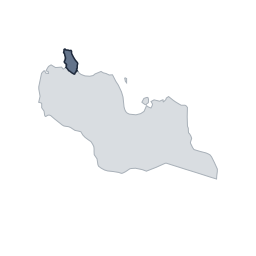 location of Nabeul within Tunisia, rotated 300°
{"feature_id": "TUN-107", "entity_name": "Nabeul", "entity_type": "Governorate", "adm_level": 1, "iso_a3": "TUN", "parent_name": "Tunisia", "parent_adm1": "", "projection": "mercator", "projection_center": [10.722, 36.719], "detail": "fine", "context": "in_parent", "style": "filled", "palette": "slate", "viewbox_px": 256, "rotation_deg": 300, "n_neighbors": 0, "source": "natural_earth", "source_scale": "10m", "svg_char_len": 3307}
<svg xmlns="http://www.w3.org/2000/svg" viewBox="0 0 256 256"><g transform="rotate(300 128 128)"><path d="M175.5,147.4L175.4,148.1L174.6,153.5L174.4,155.5L174.3,158.8L174.3,162.7L176.2,166.0L176.2,167.5L175.5,169.2L172.0,171.1L167.4,173.6L163.5,176.0L159.3,178.6L158.0,180.3L155.9,181.6L154.1,182.8L153.8,184.1L152.5,186.4L150.9,188.3L146.9,189.2L146.1,189.7L144.2,192.5L143.4,193.6L142.3,195.9L143.7,201.9L145.4,208.0L145.7,210.5L145.7,212.6L144.7,214.9L142.6,218.1L141.0,220.5L137.9,224.8L137.1,225.9L135.0,227.1L130.9,228.8L128.1,230.2L126.6,223.7L125.4,218.1L124.4,213.5L122.6,205.4L121.0,198.4L119.5,191.5L118.1,185.2L116.7,178.8L116.1,177.9L112.0,174.9L108.1,172.1L104.1,168.9L99.8,165.5L99.1,161.2L96.9,154.6L94.5,151.0L93.6,150.0L88.9,147.7L86.2,145.9L85.4,144.9L84.9,142.2L82.9,136.9L80.7,132.0L79.9,128.8L79.8,124.6L80.2,121.6L81.2,120.3L85.8,116.6L88.0,112.1L90.6,110.4L92.9,109.1L94.8,107.7L96.4,105.3L97.7,102.7L97.9,100.0L98.4,95.6L99.3,92.5L101.2,89.0L100.4,86.2L99.4,83.2L99.7,78.0L99.4,75.8L98.6,73.9L97.7,71.5L97.7,69.5L98.5,64.2L99.1,60.1L100.1,54.8L99.8,53.3L99.0,52.2L96.8,51.0L96.8,50.3L97.3,49.5L100.6,46.9L102.4,43.1L103.9,42.3L106.2,40.9L106.1,39.4L105.6,37.8L111.5,36.0L117.1,31.3L119.1,30.1L132.1,25.8L133.8,26.1L135.7,26.7L135.2,28.3L134.4,29.6L135.5,31.9L137.1,30.5L136.7,29.6L136.6,28.4L139.3,28.3L141.6,28.4L144.2,29.8L144.1,35.0L147.5,40.0L146.6,42.5L149.4,44.0L151.9,42.2L153.2,39.6L157.8,38.1L162.3,34.2L164.7,33.8L165.3,37.0L166.4,39.7L164.8,40.7L162.6,43.6L158.6,51.1L154.9,53.2L152.1,56.1L151.2,58.1L150.9,60.5L151.6,64.7L153.7,69.0L156.0,71.6L158.3,72.4L163.5,76.4L163.4,78.9L164.2,81.7L164.5,85.2L166.3,88.0L162.4,94.0L160.2,98.3L156.0,104.3L152.3,108.2L144.3,114.0L142.4,115.9L141.1,117.8L140.5,119.9L140.7,122.3L143.4,128.3L146.8,131.8L150.4,133.6L156.6,132.9L156.4,135.2L156.8,137.9L159.3,137.8L161.0,137.3L162.4,134.7L165.4,136.5L167.0,142.0L169.6,143.8L169.9,144.4L169.0,144.8L168.3,145.5L169.0,145.9L171.5,146.6L173.0,146.2L175.5,147.4ZM162.4,131.9L161.8,132.1L160.6,132.8L160.0,132.9L158.3,132.1L157.6,132.1L156.8,131.4L157.1,128.1L157.3,127.1L161.6,127.0L163.9,129.0L164.2,129.5L164.3,130.1L163.3,131.2L162.4,131.9ZM170.1,102.1L166.4,104.2L167.1,102.4L169.5,100.2L170.1,100.7L170.1,102.1Z" fill="#d9dde1" stroke="#a8b0b8" stroke-width="1"/><path d="M149.5,44.0L150.0,44.1L151.2,43.4L151.9,43.3L152.4,42.8L152.6,41.9L152.7,41.3L153.1,40.1L153.5,39.7L154.0,39.6L155.1,39.6L156.1,39.4L157.1,39.1L158.3,38.2L159.0,37.4L159.3,37.1L159.4,36.9L160.7,35.8L160.9,35.5L161.0,35.2L160.9,35.0L160.9,34.8L161.1,34.5L161.6,34.3L162.8,34.1L163.7,33.4L164.2,33.4L164.6,33.6L164.9,34.1L164.8,34.4L164.6,34.7L164.5,35.0L164.6,35.4L164.8,35.8L164.9,36.1L165.0,36.3L165.4,36.9L165.5,37.2L165.6,37.5L165.6,38.1L165.7,38.4L165.8,38.6L166.0,38.9L166.1,39.1L166.3,39.2L166.4,39.4L166.7,39.8L166.5,40.3L166.2,40.8L165.3,41.2L164.0,42.3L163.2,43.6L162.2,45.1L160.5,48.2L159.3,51.5L158.6,52.3L156.7,52.8L154.4,54.1L153.5,53.9L152.7,54.5L152.2,55.3L152.1,55.0L151.9,54.8L151.9,54.7L151.6,54.6L151.4,54.6L151.1,54.8L150.8,55.0L150.6,55.0L150.4,54.8L150.2,54.7L149.8,54.6L149.1,54.7L148.3,54.9L148.1,54.8L147.9,54.7L147.7,54.4L147.7,53.8L147.7,51.7L148.1,49.1L148.0,48.4L148.0,48.2L148.0,47.9L148.9,46.1L149.5,44.2L149.5,44.0Z" fill="#64748b" stroke="#1e293b" stroke-width="1.5"/></g></svg>